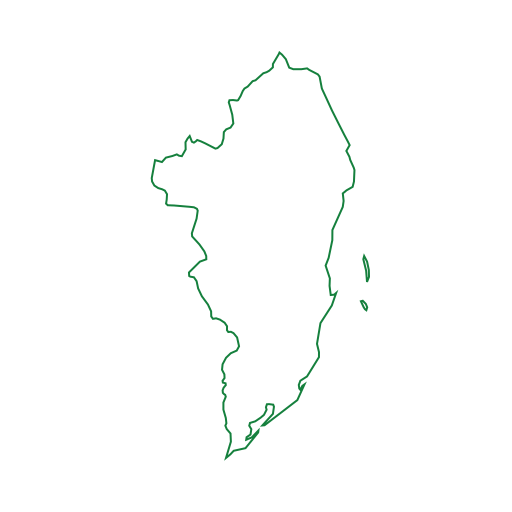 map outline of Honduras (Mercator projection), rotated 103°
{"feature_id": "HND", "entity_name": "Honduras", "entity_type": "country or territory", "adm_level": 0, "iso_a3": "HND", "parent_name": "North America", "parent_adm1": "", "projection": "mercator", "projection_center": [-86.242, 14.747], "detail": "fine", "context": "isolated", "style": "outline", "palette": "green", "viewbox_px": 512, "rotation_deg": 103, "n_neighbors": 0, "source": "natural_earth", "source_scale": "50m", "svg_char_len": 2627}
<svg xmlns="http://www.w3.org/2000/svg" viewBox="0 0 512 512"><g transform="rotate(103 256 256)"><path d="M459.5,239.8L442.6,238.7L434.7,240.9L431.2,245.6L428.2,247.7L425.7,247.2L420.6,249.0L413.0,253.2L406.1,254.8L399.9,253.8L398.2,254.8L397.7,256.2L396.8,257.5L394.4,258.3L391.6,257.9L388.6,256.4L386.9,257.0L386.8,259.8L385.1,260.5L382.0,259.2L378.4,260.2L374.5,263.5L369.0,264.2L361.9,262.3L356.4,258.7L352.5,253.5L347.8,252.2L339.6,256.1L336.2,260.6L335.5,263.4L336.3,265.9L334.8,267.6L331.0,268.4L328.1,271.5L326.1,276.8L325.7,280.9L326.9,283.8L325.0,286.0L320.0,287.3L314.1,291.9L307.4,299.7L300.6,305.1L293.9,308.2L290.7,311.7L290.9,315.4L290.5,316.6L289.2,317.0L287.1,317.6L274.1,309.4L270.4,303.7L267.2,304.5L263.1,307.4L257.4,313.8L251.3,322.6L248.3,323.6L233.0,322.3L224.9,323.0L223.3,324.2L222.5,327.4L223.0,331.7L225.2,347.1L226.4,353.4L225.2,355.4L221.1,355.7L215.8,356.6L212.8,359.5L212.1,362.4L211.8,366.6L210.2,370.9L206.8,374.0L203.6,375.1L185.3,375.9L185.6,368.8L180.4,365.9L177.4,360.0L174.8,356.0L175.6,353.6L175.4,350.7L168.0,348.5L161.0,350.3L157.0,349.1L154.0,347.6L159.1,344.1L159.5,342.0L157.8,340.4L156.2,339.4L156.7,335.4L157.7,330.7L160.5,319.7L159.5,317.8L154.8,314.5L148.9,314.1L142.5,315.2L139.3,313.5L136.6,309.7L132.0,307.9L123.7,310.9L115.1,315.5L112.4,317.1L110.2,316.9L109.2,313.5L108.8,309.5L108.2,308.5L103.6,307.0L98.2,306.0L95.4,304.9L92.8,302.2L86.4,298.6L84.9,296.0L76.3,290.0L74.5,287.0L72.5,284.8L68.4,282.0L65.1,282.7L54.1,279.2L52.5,278.9L54.0,275.9L57.5,271.2L65.0,266.0L65.6,261.7L63.7,253.6L61.7,248.4L62.7,246.0L65.1,236.6L66.9,234.4L77.8,229.6L78.8,228.9L87.4,222.2L97.0,214.8L106.9,206.6L117.9,197.4L124.1,192.0L126.9,189.7L133.3,191.6L138.3,187.3L141.2,185.8L148.0,180.6L150.1,179.4L161.4,177.3L166.9,177.4L171.7,182.6L175.5,185.5L182.7,183.0L188.7,182.5L213.5,187.4L223.4,185.2L241.5,184.8L249.7,186.0L261.2,179.0L268.6,177.6L277.2,174.4L276.1,171.1L274.0,169.6L287.2,171.0L306.9,178.1L327.9,176.8L335.5,173.0L340.4,171.9L361.9,179.2L367.5,184.7L372.0,185.3L375.4,184.0L376.3,182.8L372.1,181.6L370.2,179.9L387.1,183.3L419.0,209.6L419.7,211.7L406.0,204.0L398.8,204.6L397.0,205.8L397.4,210.0L398.0,212.0L401.1,212.3L403.4,211.1L409.0,212.5L412.7,215.3L417.3,219.6L420.0,224.3L422.9,224.4L425.8,221.6L431.2,221.2L434.7,224.4L437.2,224.2L433.7,219.3L425.5,214.4L427.5,214.2L445.6,223.0L450.8,233.9L455.1,236.4L459.5,239.8ZM245.5,145.4L235.0,150.7L231.7,150.6L236.5,146.5L244.3,142.9L250.9,141.2L256.3,142.0L245.5,145.4ZM281.5,139.7L276.5,143.6L275.6,141.9L278.0,138.2L281.0,136.1L284.0,136.3L283.3,137.9L281.5,139.7Z" fill="none" stroke="#15803d" stroke-width="2"/></g></svg>